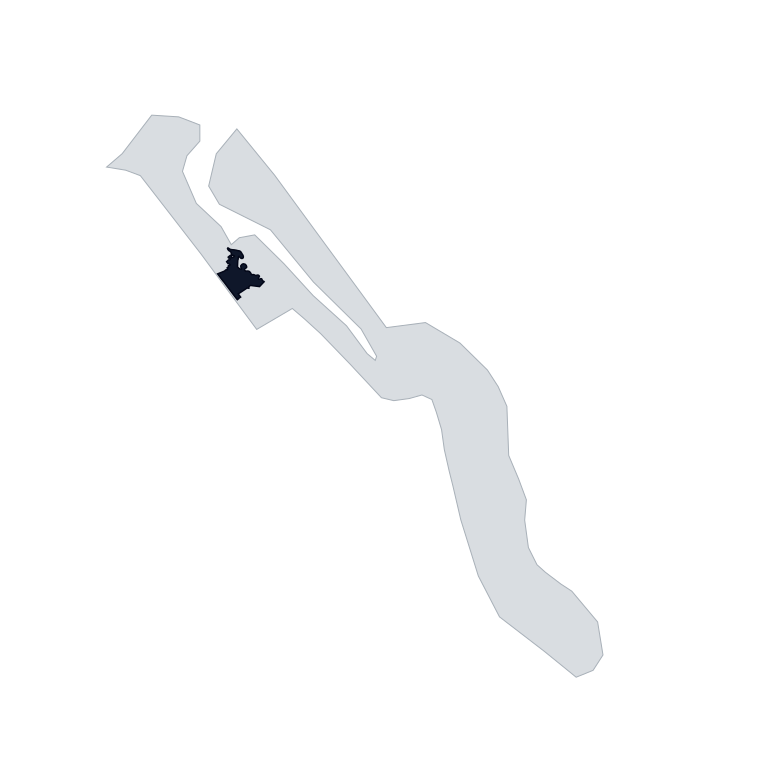 Foni Kansala, West Coast, Gambia shown in context, rotated 53°
{"feature_id": "56634734B42615963496738", "entity_name": "Foni Kansala", "entity_type": "district", "adm_level": 2, "iso_a3": "GMB", "parent_name": "Gambia", "parent_adm1": "West Coast", "projection": "albers", "projection_center": [-16.082, 13.232], "detail": "fine", "context": "in_parent", "style": "filled", "palette": "ink", "viewbox_px": 768, "rotation_deg": 53, "n_neighbors": 0, "source": "geoboundaries", "source_scale": "gbopen_adm2", "svg_char_len": 3831}
<svg xmlns="http://www.w3.org/2000/svg" viewBox="0 0 768 768"><g transform="rotate(53 384 384)"><path d="M91.7,348.0L151.6,345.7L224.2,346.7L303.2,347.7L340.4,348.2L359.9,313.9L397.0,298.7L435.1,293.0L454.9,294.4L475.8,299.3L516.1,327.4L541.1,333.7L562.2,340.0L577.4,353.6L601.5,367.1L620.4,370.6L631.6,368.4L650.3,363.1L662.5,358.7L702.6,356.6L732.2,372.2L738.5,389.3L733.8,407.0L694.2,416.8L639.5,431.9L594.1,424.2L538.7,404.4L506.4,390.1L492.9,384.4L472.7,375.3L455.1,365.5L438.1,359.2L425.2,355.1L415.6,360.3L410.8,372.6L403.2,386.2L393.4,394.3L347.1,399.2L305.6,404.3L283.4,408.5L268.5,411.8L263.8,452.8L216.8,452.4L170.5,451.9L122.6,452.5L71.0,453.2L57.8,461.6L43.8,475.0L42.5,454.5L29.5,407.7L47.1,387.2L66.3,375.2L79.2,384.9L83.1,404.0L92.9,417.0L126.8,425.2L160.3,419.4L180.8,422.1L180.1,411.5L187.1,397.5L227.8,391.5L270.8,387.4L315.0,378.9L349.6,379.2L359.9,376.8L357.4,373.2L326.3,369.2L260.1,379.0L192.5,381.9L141.4,407.3L120.4,404.9L99.2,379.4L91.7,348.0Z" fill="#d9dde1" stroke="#a8b0b8" stroke-width="1"/><path d="M195.9,450.6L198.5,450.6L201.0,450.6L204.3,450.6L204.9,450.6L205.1,450.5L211.1,450.5L220.5,450.5L222.2,450.5L223.7,450.5L228.4,450.4L228.4,448.7L228.2,448.4L228.3,446.2L227.1,446.2L224.3,446.2L224.6,441.6L224.8,438.2L224.9,435.7L226.2,434.3L224.9,433.2L224.9,431.3L226.6,429.6L231.3,424.8L230.2,418.5L230.2,418.2L229.8,418.2L229.5,418.3L229.2,418.5L228.4,418.8L228.2,418.8L227.6,418.7L227.0,418.5L226.7,418.4L226.3,418.5L226.1,418.6L225.7,419.0L225.5,419.6L225.5,420.1L225.4,420.4L225.2,420.7L224.7,421.0L224.1,420.8L223.4,420.0L223.4,419.3L223.3,419.0L223.2,418.9L223.0,418.7L222.8,418.6L222.6,418.6L222.2,418.6L221.8,418.7L221.5,418.8L221.2,419.1L221.0,419.3L220.8,419.6L220.7,419.8L220.5,420.3L220.4,420.7L220.4,420.9L220.2,421.0L219.9,421.3L219.1,421.7L218.4,422.1L217.8,422.7L217.5,423.2L217.3,423.7L217.1,423.8L216.8,424.0L216.5,424.0L215.9,423.8L215.3,423.7L214.3,423.7L213.9,423.7L213.2,423.8L212.4,424.2L211.7,425.0L211.3,425.4L211.0,426.1L210.7,426.6L209.9,426.7L209.4,426.8L208.8,426.7L208.6,426.4L208.3,426.0L208.2,425.6L208.2,425.3L208.3,424.8L208.3,424.3L208.2,423.6L207.9,423.2L207.1,422.9L206.6,422.7L206.4,422.7L206.5,422.7L205.6,422.7L205.2,422.7L204.7,422.9L204.5,423.1L204.0,423.4L203.7,423.7L203.5,423.9L203.3,424.1L203.2,424.4L203.0,425.2L203.1,426.0L203.3,426.9L203.5,427.1L203.5,427.3L203.9,427.6L204.7,428.1L205.4,428.3L205.9,428.4L206.4,428.5L206.5,428.7L206.5,429.0L206.0,429.5L205.6,429.8L205.3,430.0L204.9,430.0L204.1,430.3L203.6,430.4L203.4,430.4L202.8,430.5L202.4,430.5L201.9,430.2L197.4,426.5L196.5,425.3L195.8,424.7L195.3,424.3L195.0,424.0L194.7,423.3L194.8,423.0L195.0,422.9L195.3,422.9L196.1,422.9L196.5,422.8L197.0,422.7L197.6,422.5L198.0,422.2L198.2,421.9L198.4,421.7L198.5,420.6L198.4,420.4L197.9,419.9L197.6,419.7L197.2,419.4L196.6,419.3L196.0,419.1L195.6,419.1L195.0,419.1L194.5,419.0L193.7,418.9L192.9,418.9L192.7,418.8L191.7,418.9L190.7,419.3L190.5,419.6L190.1,419.9L190.1,420.0L188.2,421.5L187.8,421.9L187.2,422.4L185.1,424.7L184.7,425.1L184.4,425.3L184.0,425.7L183.0,426.2L182.7,426.2L182.4,426.3L181.4,426.7L181.6,427.4L182.6,427.7L183.9,427.7L184.9,427.3L185.0,427.2L186.3,426.9L187.2,427.0L188.7,427.9L189.2,427.9L189.9,427.6L190.7,426.9L191.5,426.4L191.9,426.4L192.1,427.0L191.9,428.9L191.5,429.7L191.2,429.7L190.1,428.9L189.8,428.8L189.5,428.8L189.0,429.0L188.8,429.5L188.8,430.8L188.9,432.1L189.5,432.3L189.8,432.3L190.2,432.0L190.7,431.5L191.0,431.4L191.3,431.4L191.9,431.8L191.9,433.2L191.3,433.5L191.6,436.1L194.1,436.1L194.5,435.3L196.2,435.3L196.2,436.3L196.1,436.8L195.9,437.1L196.2,437.5L196.8,437.7L197.0,438.0L196.9,438.7L196.9,439.3L197.3,439.2L197.7,439.7L198.5,440.1L197.9,441.1L197.7,441.5L197.7,441.9L197.7,442.3L197.8,442.7L197.8,443.6L197.4,445.0L197.3,445.5L195.9,450.6Z" fill="#0f172a" stroke="#020617" stroke-width="1.5"/></g></svg>